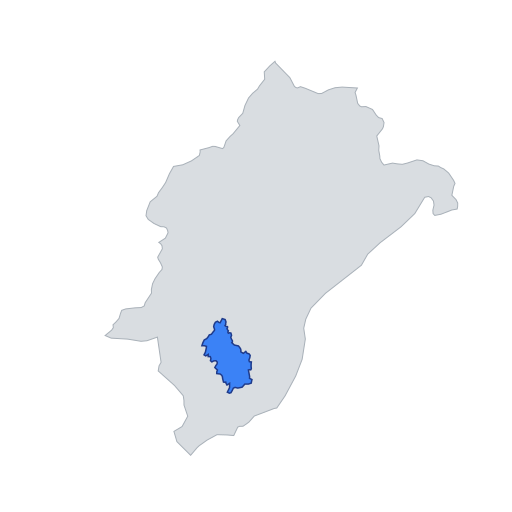 Shumen highlighted on a map of Bulgaria, rotated 131°
{"feature_id": "BGR-2258", "entity_name": "Shumen", "entity_type": "Province", "adm_level": 1, "iso_a3": "BGR", "parent_name": "Bulgaria", "parent_adm1": "", "projection": "equal_earth", "projection_center": [26.96, 43.305], "detail": "fine", "context": "in_parent", "style": "filled", "palette": "blue", "viewbox_px": 512, "rotation_deg": 131, "n_neighbors": 0, "source": "natural_earth", "source_scale": "10m", "svg_char_len": 3637}
<svg xmlns="http://www.w3.org/2000/svg" viewBox="0 0 512 512"><g transform="rotate(131 256 256)"><path d="M415.0,317.7L406.6,316.3L403.6,316.7L401.7,318.8L397.8,318.4L393.0,318.4L387.9,320.7L385.1,321.7L381.4,319.6L374.4,313.2L370.2,308.8L367.0,307.6L363.9,309.0L352.6,310.5L349.9,313.0L344.7,315.9L339.4,317.3L331.9,318.2L327.9,318.1L325.7,319.5L323.8,323.6L322.5,327.7L321.4,329.4L312.0,331.4L309.9,333.7L309.3,336.0L309.5,338.3L302.0,336.1L296.2,337.6L294.8,339.3L293.6,341.9L294.3,344.6L296.4,347.2L298.4,354.3L299.1,361.3L297.8,365.4L293.5,368.2L284.5,371.4L275.9,369.9L272.1,371.1L265.7,371.6L259.8,372.4L250.7,375.3L242.5,377.0L235.2,371.1L226.5,367.1L217.3,364.7L214.1,366.4L212.7,367.8L205.1,362.6L201.7,360.7L200.1,358.7L196.9,351.7L195.1,351.5L188.7,354.1L182.6,354.0L179.0,353.5L168.1,353.8L166.6,358.5L165.2,359.3L162.8,359.9L157.0,359.6L149.6,363.1L141.6,365.3L135.4,365.3L129.0,364.3L125.2,365.0L116.9,365.4L111.6,370.6L103.4,370.3L96.6,369.4L97.5,367.8L99.2,347.4L102.8,338.3L102.7,336.4L102.0,335.0L99.0,333.5L97.0,328.6L92.7,315.7L90.3,313.1L83.2,310.4L77.1,306.7L72.0,301.8L62.7,289.7L67.6,288.5L69.1,286.0L74.1,279.4L74.7,276.2L74.2,274.3L71.1,271.1L69.0,264.2L70.8,257.7L71.1,254.3L69.5,251.0L71.3,246.9L74.8,244.7L77.0,244.0L86.2,243.6L92.2,235.4L95.7,232.7L99.4,228.1L101.2,226.4L102.8,222.8L103.4,219.1L96.3,213.9L93.9,210.0L90.8,205.7L86.5,202.7L77.9,197.6L74.6,192.5L73.2,185.8L71.0,180.7L68.5,177.4L68.1,174.7L67.1,171.4L67.0,165.0L69.3,156.4L70.7,153.4L73.7,152.5L81.7,148.0L82.2,142.1L83.7,138.5L86.2,136.4L88.6,135.0L92.8,138.4L103.1,143.8L108.1,147.7L107.8,150.2L105.4,152.6L100.8,155.0L98.1,158.1L97.2,162.0L97.9,164.8L101.0,167.2L119.8,164.0L138.8,165.7L164.3,171.0L181.3,172.9L193.8,170.4L217.0,174.9L238.6,179.1L259.3,180.3L271.0,177.0L279.2,172.6L286.3,164.3L303.7,153.4L320.5,147.3L342.5,142.3L357.1,140.6L359.2,142.3L377.9,152.3L386.2,152.4L393.0,154.1L395.5,156.8L397.2,157.5L406.1,155.0L410.1,160.5L416.4,168.2L426.9,172.1L436.4,174.4L439.4,174.7L449.3,174.6L448.0,193.9L442.2,202.9L433.2,199.9L421.7,202.4L415.7,212.6L412.3,215.6L409.2,219.2L407.2,232.5L406.9,254.4L402.5,257.1L398.5,257.9L381.9,277.2L391.5,282.7L395.8,286.8L402.9,298.3L413.0,311.4L415.0,317.7Z" fill="#d9dde1" stroke="#a8b0b8" stroke-width="1"/><path d="M325.4,240.4L324.2,237.6L325.5,235.3L326.5,234.9L327.4,234.0L328.9,233.7L328.8,232.3L328.0,231.2L328.8,230.4L329.9,230.2L330.4,228.9L330.6,227.7L331.9,227.4L332.4,226.2L331.3,225.6L330.6,224.4L331.9,222.4L333.9,221.7L334.8,220.1L335.5,218.1L336.4,217.4L337.3,217.4L337.4,213.9L335.4,210.3L335.7,208.4L336.3,206.5L337.2,205.4L338.3,204.6L337.8,201.7L334.7,201.1L335.3,198.9L334.4,197.2L334.8,195.2L336.9,193.9L339.2,193.1L340.1,191.6L339.0,190.0L340.6,188.9L342.5,187.3L344.0,185.7L344.7,185.4L345.4,185.3L346.1,186.4L347.0,187.0L351.1,181.8L352.6,180.6L351.9,178.0L355.1,176.2L357.6,177.7L360.0,180.4L364.1,180.4L367.6,183.1L368.9,185.6L370.6,186.4L373.1,185.7L375.6,185.2L377.0,186.1L377.6,188.3L372.7,189.6L369.4,192.4L372.4,193.3L371.7,195.2L371.0,196.1L371.7,196.7L372.5,197.8L370.3,200.9L369.1,202.2L368.5,203.7L368.6,205.7L369.6,207.1L370.5,208.5L369.0,209.7L367.3,210.3L367.3,212.3L367.2,213.9L365.1,214.4L362.9,214.6L361.5,215.6L361.3,217.5L362.9,219.1L364.9,219.8L364.9,221.7L362.9,222.8L361.9,224.5L363.3,226.1L361.6,227.5L364.4,228.4L364.7,230.4L361.8,231.1L358.1,233.1L356.7,234.1L357.6,236.1L359.2,238.0L356.3,239.2L353.3,240.0L350.7,239.0L348.2,239.1L346.2,239.5L344.3,238.3L340.7,238.6L339.5,238.5L338.5,239.2L337.1,241.6L335.0,242.7L332.6,243.2L330.5,242.3L330.5,240.5L329.9,239.3L325.4,240.4Z" fill="#3b82f6" stroke="#1e3a8a" stroke-width="1.5"/></g></svg>